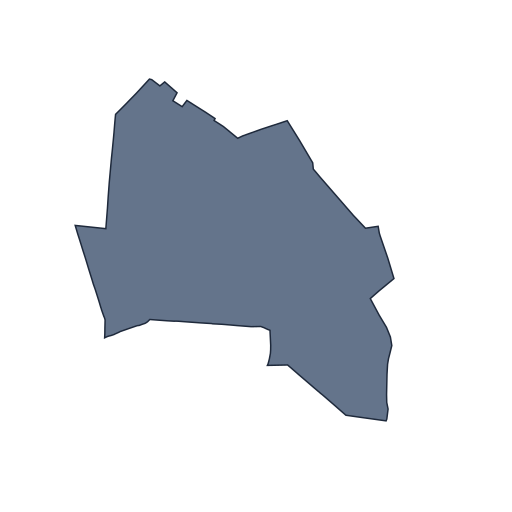 the district of Moravita, Timis, Romania, rotated 204°
{"feature_id": "2599482B52321856029922", "entity_name": "Moravita", "entity_type": "district", "adm_level": 2, "iso_a3": "ROU", "parent_name": "Romania", "parent_adm1": "Timis", "projection": "natural_earth1", "projection_center": [21.281, 45.278], "detail": "fine", "context": "isolated", "style": "filled", "palette": "slate", "viewbox_px": 512, "rotation_deg": 204, "n_neighbors": 0, "source": "geoboundaries", "source_scale": "gbopen_adm2", "svg_char_len": 1876}
<svg xmlns="http://www.w3.org/2000/svg" viewBox="0 0 512 512"><g transform="rotate(204 256 256)"><path d="M433.6,210.4L427.7,203.5L424.2,199.6L422.0,197.1L419.7,194.5L416.3,190.6L411.9,185.7L409.1,182.5L403.5,176.0L398.4,170.2L396.2,167.7L393.2,164.2L389.2,160.0L385.3,155.6L380.8,150.5L376.7,145.7L376.1,145.1L375.3,144.1L370.1,138.6L369.8,138.5L367.9,136.3L367.1,134.4L364.8,128.9L362.6,123.8L361.0,119.7L359.9,121.0L358.8,122.2L357.5,123.3L356.2,124.3L355.0,125.4L353.8,126.5L353.1,127.4L352.1,128.5L350.2,130.6L349.4,131.7L346.4,134.5L341.2,139.4L337.0,143.3L336.1,144.1L334.4,145.1L332.1,147.4L330.0,149.3L329.0,150.7L328.3,151.9L327.2,154.8L318.8,157.8L310.5,160.8L304.4,163.1L302.5,164.0L300.2,164.9L295.4,166.6L279.6,172.3L269.2,176.2L268.1,176.4L259.0,179.9L250.1,183.0L245.1,184.7L237.8,187.3L231.6,189.5L223.1,193.5L222.7,193.6L222.0,193.6L219.2,193.8L218.1,193.7L214.8,193.7L214.1,193.8L213.0,193.8L206.2,180.3L204.4,176.1L203.2,172.8L202.6,170.3L201.9,167.3L201.5,165.0L201.1,162.4L201.1,160.7L182.8,169.3L168.7,165.0L148.6,159.0L140.8,156.7L139.5,156.4L127.3,152.7L109.1,147.1L97.5,150.4L70.1,158.3L70.2,160.3L73.1,169.9L77.0,175.4L80.4,182.6L88.2,201.2L91.8,210.7L93.2,216.2L94.2,222.1L95.5,229.4L100.3,236.7L107.8,243.9L119.5,252.1L134.3,263.6L129.6,273.8L120.8,291.5L134.7,307.6L150.9,325.0L152.7,327.1L156.5,332.8L167.3,325.9L183.4,332.6L229.1,353.9L239.0,358.7L242.1,364.2L263.3,379.3L282.5,392.3L302.9,373.8L316.9,360.4L320.6,356.1L338.4,361.0L349.4,362.7L349.3,364.9L359.9,366.7L382.4,370.0L384.2,362.4L395.1,364.0L394.5,373.0L410.2,377.9L413.0,372.3L423.0,374.7L425.3,374.3L431.5,356.0L434.4,348.2L436.7,341.9L439.4,334.8L441.9,328.3L440.3,323.5L438.4,318.0L435.8,310.6L433.4,303.5L430.4,294.5L428.8,289.6L427.8,286.5L425.0,278.3L420.0,263.6L415.2,250.2L411.2,239.4L404.3,219.9L433.6,210.4Z" fill="#64748b" stroke="#1e293b" stroke-width="1.5"/></g></svg>